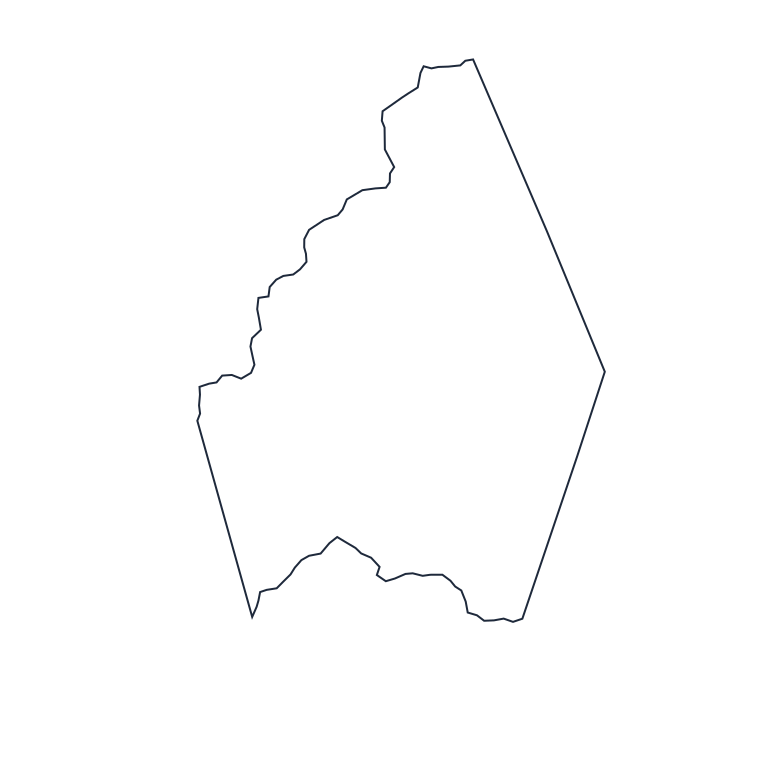 Lima Campos, Maranhão, Brazil, rotated 65°
{"feature_id": "56859067B66044232988934", "entity_name": "Lima Campos", "entity_type": "district", "adm_level": 2, "iso_a3": "BRA", "parent_name": "Brazil", "parent_adm1": "Maranhão", "projection": "orthographic", "projection_center": [-44.474, -4.57], "detail": "fine", "context": "isolated", "style": "outline", "palette": "slate", "viewbox_px": 768, "rotation_deg": 65, "n_neighbors": 0, "source": "geoboundaries", "source_scale": "gbopen_adm2", "svg_char_len": 1341}
<svg xmlns="http://www.w3.org/2000/svg" viewBox="0 0 768 768"><g transform="rotate(65 384 384)"><path d="M655.2,357.8L531.1,239.4L466.2,178.7L314.7,171.8L127.5,166.1L125.4,173.7L127.5,180.2L123.6,191.4L119.6,200.8L118.0,207.6L112.8,213.8L117.5,219.5L129.5,228.1L130.9,239.1L132.0,246.6L133.4,254.3L136.2,270.0L144.5,274.7L151.8,275.1L171.8,284.1L191.7,283.1L195.7,289.6L203.5,293.5L206.9,299.3L203.1,309.1L199.2,321.7L201.0,339.7L208.3,347.7L211.5,354.6L210.0,368.9L212.6,386.7L219.0,395.0L226.5,398.6L233.0,399.7L240.5,402.6L244.6,411.7L246.4,420.0L243.5,429.6L243.9,437.6L247.8,446.6L255.8,451.7L252.9,461.4L262.6,467.3L271.1,469.4L282.8,472.6L286.7,484.2L293.6,489.2L302.8,491.3L311.8,493.3L317.7,499.8L318.8,511.2L311.5,518.1L308.0,527.1L311.8,535.1L309.8,542.3L308.6,552.4L315.9,555.3L325.3,560.7L333.1,563.2L338.4,568.7L539.4,601.9L532.1,593.6L527.2,589.3L520.2,584.2L521.0,577.3L523.8,567.6L520.6,559.0L517.1,549.2L512.7,542.4L508.7,533.3L508.0,524.5L510.9,513.1L505.2,500.8L502.9,491.1L510.5,486.0L520.6,479.1L527.9,476.3L536.0,469.1L547.9,465.3L554.1,471.2L563.5,465.7L564.9,456.3L565.2,444.8L567.7,438.0L574.2,430.0L576.4,422.8L581.5,411.7L590.4,406.9L597.6,405.1L603.8,401.2L615.7,401.9L626.5,404.7L632.9,397.5L640.9,393.3L644.7,384.2L647.2,374.7L654.1,367.6L655.2,357.8Z" fill="none" stroke="#1e293b" stroke-width="2"/></g></svg>